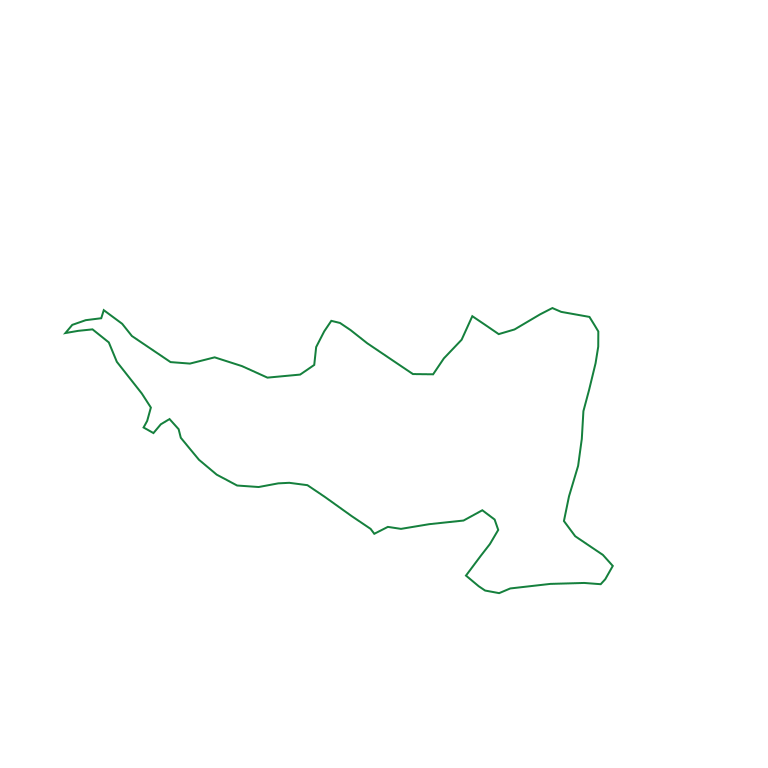 the border of Kruševo, rotated 124°
{"feature_id": "MKD-2942", "entity_name": "Kruševo", "entity_type": "Statistical Region", "adm_level": 1, "iso_a3": "MKD", "parent_name": "North Macedonia", "parent_adm1": "", "projection": "orthographic", "projection_center": [21.26, 41.341], "detail": "fine", "context": "isolated", "style": "outline", "palette": "green", "viewbox_px": 768, "rotation_deg": 124, "n_neighbors": 0, "source": "natural_earth", "source_scale": "10m", "svg_char_len": 1278}
<svg xmlns="http://www.w3.org/2000/svg" viewBox="0 0 768 768"><g transform="rotate(124 384 384)"><path d="M422.1,91.4L428.8,92.4L437.0,106.8L456.7,134.3L482.9,165.0L493.0,171.6L498.7,184.7L498.7,192.4L497.0,208.9L472.4,207.7L457.5,206.7L441.1,207.7L434.5,216.5L433.7,231.9L452.7,241.7L474.9,268.1L494.6,288.9L500.3,300.9L513.6,308.3L511.6,314.1L511.6,337.1L510.7,370.0L510.7,390.9L518.9,407.3L525.5,416.1L539.5,430.3L550.3,449.0L552.7,472.0L550.3,495.0L546.1,509.3L542.2,522.4L536.3,529.0L533.0,542.2L542.2,546.5L553.6,547.7L554.5,559.0L547.0,559.7L533.9,564.1L527.3,579.5L515.0,617.9L503.4,635.4L501.7,656.2L510.9,667.2L519.9,676.6L509.3,675.5L497.9,667.0L487.6,655.2L479.5,657.6L480.5,634.7L485.2,619.8L485.2,592.2L485.2,573.2L475.6,556.3L456.6,539.3L448.6,511.8L443.9,484.2L423.1,458.8L407.2,452.5L391.3,460.9L373.8,463.0L361.1,463.0L358.0,454.6L358.0,441.9L359.6,420.7L359.6,391.0L359.6,365.6L348.5,348.7L329.3,348.7L303.9,344.4L278.4,348.7L278.4,333.8L278.5,316.8L265.8,306.3L238.9,293.5L226.9,286.9L225.1,277.4L213.5,251.2L217.7,241.9L220.6,235.7L233.2,227.3L248.5,220.2L274.4,210.6L295.0,203.5L319.1,189.2L321.0,188.3L343.3,177.3L373.7,167.8L397.0,158.2L403.3,140.3L403.3,120.1L403.3,106.9L406.9,92.6L422.1,91.4Z" fill="none" stroke="#15803d" stroke-width="2"/></g></svg>